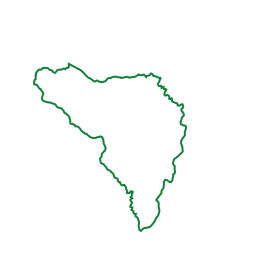 the district of Santa Rosa do Tocantins, Tocantins, Brazil, rotated 239°
{"feature_id": "56859067B11152790911954", "entity_name": "Santa Rosa do Tocantins", "entity_type": "district", "adm_level": 2, "iso_a3": "BRA", "parent_name": "Brazil", "parent_adm1": "Tocantins", "projection": "albers", "projection_center": [-48.09, -11.411], "detail": "fine", "context": "isolated", "style": "outline", "palette": "green", "viewbox_px": 256, "rotation_deg": 239, "n_neighbors": 0, "source": "geoboundaries", "source_scale": "gbopen_adm2", "svg_char_len": 5673}
<svg xmlns="http://www.w3.org/2000/svg" viewBox="0 0 256 256"><g transform="rotate(239 128 128)"><path d="M32.0,96.7L33.8,101.8L34.7,103.4L35.8,105.0L36.5,106.2L37.2,108.0L37.7,109.0L38.9,110.4L40.7,112.2L42.3,112.9L44.7,113.7L45.6,114.1L46.8,115.1L48.4,115.8L49.7,115.7L51.0,115.3L51.8,115.2L52.8,117.5L53.2,118.5L53.8,120.3L54.2,121.0L54.9,123.1L56.9,124.4L57.4,125.1L57.6,126.2L58.1,127.3L60.4,129.2L62.2,130.3L63.0,131.0L64.0,132.0L64.5,133.1L63.7,134.2L62.9,134.7L60.3,135.8L59.5,136.8L59.7,138.0L60.4,139.1L61.1,139.7L62.7,141.4L65.0,142.8L64.9,144.1L65.8,145.4L66.9,146.0L67.9,146.4L68.7,146.8L69.7,147.4L71.1,148.4L73.3,148.1L74.3,148.3L75.4,149.1L76.3,150.1L77.2,151.2L77.7,152.1L77.6,153.5L78.0,155.6L78.0,156.9L78.4,158.2L79.0,160.7L79.3,161.9L79.7,162.8L80.5,163.3L81.8,163.8L83.5,164.7L85.4,165.2L86.9,165.4L87.9,165.8L89.0,166.4L89.5,167.0L89.9,167.8L90.7,168.9L91.4,170.3L91.7,171.3L92.6,173.2L93.4,173.6L94.7,174.2L95.7,174.9L96.1,175.6L97.1,176.7L97.6,177.3L98.3,177.8L99.4,178.4L100.6,178.3L101.5,176.9L102.7,176.4L103.9,175.3L105.3,175.6L106.4,176.6L107.2,177.5L108.1,178.6L109.3,179.7L109.8,182.1L111.0,182.9L112.0,182.9L112.9,183.3L113.7,182.9L114.6,182.8L115.5,182.7L116.3,183.3L116.9,184.0L117.1,185.6L117.8,186.4L118.8,186.6L120.3,186.9L120.8,185.8L120.6,184.5L120.9,183.3L121.6,182.2L122.8,182.6L123.8,182.8L124.4,182.2L125.4,181.4L126.5,180.7L127.4,180.0L128.3,179.5L129.0,180.0L130.0,180.6L130.9,180.7L130.9,179.1L131.8,178.3L132.6,179.1L133.4,179.5L134.3,179.6L135.3,179.2L136.3,178.5L136.3,177.5L136.6,176.6L137.6,176.3L138.4,176.7L139.2,177.6L140.2,178.3L140.3,179.2L140.7,179.9L141.2,180.6L142.1,180.3L142.5,179.3L143.2,178.7L144.3,178.9L144.9,179.6L145.2,178.5L145.1,177.5L146.1,178.0L147.0,178.2L147.2,177.1L148.3,176.0L149.7,176.0L150.5,176.6L151.1,177.5L151.6,178.5L152.4,179.6L153.3,180.4L153.7,181.5L154.8,181.3L155.1,180.3L156.4,179.4L157.4,178.9L158.0,178.0L158.9,177.7L159.5,176.6L160.6,176.7L161.9,176.5L162.8,175.9L162.6,174.9L162.2,174.0L162.2,172.8L162.7,171.9L162.9,170.8L162.3,169.9L163.3,169.7L164.3,169.5L165.6,169.1L165.9,167.9L166.2,167.1L166.5,166.2L167.2,165.6L167.9,165.2L168.5,164.6L168.1,163.8L168.3,162.5L168.2,160.9L168.7,159.7L168.9,158.6L169.4,158.0L169.9,157.0L170.0,155.9L170.6,155.0L171.7,154.2L172.4,153.3L172.9,152.6L173.1,151.6L173.3,150.8L173.7,149.9L173.8,149.1L174.4,147.9L175.4,147.6L175.8,146.8L176.3,146.0L177.0,145.2L178.1,144.3L178.8,143.1L179.2,142.3L179.5,141.3L179.7,140.0L179.7,138.9L180.4,137.9L180.8,136.7L180.8,135.7L180.4,134.7L179.9,133.5L179.8,132.7L180.0,131.8L180.3,130.5L180.6,129.4L181.2,128.7L181.9,127.8L182.9,127.0L183.8,126.6L184.6,126.0L184.9,124.8L184.9,123.6L185.6,122.8L186.9,122.4L188.0,122.0L188.9,121.6L189.9,121.1L190.7,120.6L191.3,120.0L192.5,119.6L193.7,119.3L194.5,118.9L195.4,118.9L196.2,118.6L197.4,118.6L198.6,118.1L199.6,118.1L200.5,117.8L201.2,117.4L202.1,117.1L202.8,116.8L203.7,116.2L204.6,115.5L205.4,115.1L206.3,114.6L213.5,110.3L212.8,109.8L211.8,109.4L210.7,108.6L210.5,107.5L211.1,106.7L211.0,105.6L210.7,104.6L211.6,104.1L212.2,103.0L212.3,101.5L212.6,100.5L213.1,99.6L213.5,98.8L213.9,97.9L213.9,97.1L213.5,96.1L213.2,95.2L212.8,93.9L213.7,93.1L215.1,92.4L216.2,92.6L217.0,92.1L217.6,91.3L218.8,90.6L219.7,90.4L220.6,90.1L221.2,89.3L221.9,88.4L222.7,87.1L223.3,86.0L223.0,84.9L222.7,83.8L223.4,82.5L224.0,81.3L223.6,80.1L223.0,79.1L222.9,78.1L222.1,77.2L221.2,76.7L220.7,75.8L219.4,75.4L218.6,74.7L217.5,74.1L217.5,73.0L216.8,72.4L216.2,71.6L215.6,71.1L214.8,70.6L213.7,70.1L213.2,70.8L212.5,71.6L211.4,72.1L210.3,72.1L209.2,72.3L207.8,72.3L206.9,72.6L206.0,73.3L205.2,73.0L204.1,73.2L202.7,73.3L201.9,73.3L200.7,72.8L200.1,71.8L199.4,71.0L198.5,70.2L197.9,69.5L197.1,69.4L196.3,69.1L195.3,69.2L194.4,69.8L193.7,70.2L193.0,70.9L192.2,71.8L191.2,72.6L190.3,73.6L190.1,74.4L189.4,74.9L188.6,75.3L187.8,76.1L186.9,76.9L186.2,77.5L185.4,77.9L183.9,77.9L182.5,78.1L181.6,78.7L180.4,79.7L179.4,80.8L178.4,81.2L177.4,81.3L176.4,81.6L175.2,81.6L174.2,81.3L173.3,81.5L172.6,82.2L171.8,82.5L170.9,82.6L170.2,83.0L169.1,83.2L167.7,83.3L166.4,82.9L165.4,82.7L164.3,82.3L163.4,82.0L162.4,81.1L161.3,81.0L160.4,81.9L159.8,82.9L158.6,83.2L157.9,83.9L157.1,83.7L156.2,84.1L155.6,85.3L154.6,85.9L153.5,86.3L152.3,86.5L151.4,86.5L150.3,86.6L149.5,86.9L148.4,86.9L147.4,87.5L146.6,88.0L145.5,88.0L144.9,89.1L144.1,89.6L143.2,89.6L142.3,90.0L141.5,90.2L140.8,90.7L140.0,90.7L139.0,91.4L138.0,92.3L137.3,93.0L136.8,93.8L136.5,94.7L136.0,95.4L136.0,96.5L135.7,97.7L135.1,98.5L135.1,99.9L134.0,100.8L133.0,101.3L132.1,100.7L130.7,100.9L129.3,100.1L128.1,99.7L127.3,99.1L126.4,99.1L125.5,99.1L124.1,98.7L123.0,98.8L122.1,98.4L121.4,97.6L120.5,96.7L120.3,95.4L120.0,94.5L119.8,93.7L119.5,92.9L119.0,92.0L118.0,91.4L117.3,90.7L116.8,89.9L116.5,88.9L115.9,88.1L114.7,87.7L113.7,87.2L112.8,87.0L111.8,86.9L110.7,87.5L109.8,88.3L108.8,88.6L107.6,88.4L106.4,89.0L105.4,89.1L103.9,88.9L102.7,89.2L101.2,90.3L100.3,90.8L99.3,90.9L98.1,91.2L96.0,91.9L95.0,91.4L93.9,91.3L92.6,91.0L91.4,91.8L89.8,92.9L87.9,92.1L86.7,92.2L85.9,93.2L84.3,92.8L83.5,93.0L82.4,93.1L81.7,93.7L81.6,94.5L81.0,95.5L79.4,95.7L78.6,95.7L77.7,95.5L76.9,95.0L74.1,94.8L73.1,93.7L72.1,94.3L71.7,95.2L71.8,96.3L71.3,97.5L72.2,97.8L71.7,98.7L71.0,99.2L69.8,98.3L69.4,97.2L67.8,96.3L67.4,94.7L65.6,95.5L65.5,94.2L65.1,92.9L63.5,92.8L62.1,93.2L61.4,92.5L60.9,91.2L60.4,90.3L59.1,89.4L58.3,90.4L57.6,90.8L56.6,89.8L56.1,88.8L54.0,89.9L52.4,88.9L51.2,89.2L50.2,90.5L49.6,89.6L48.4,89.0L46.2,90.0L44.7,89.7L43.4,89.3L42.1,89.2L39.7,87.6L38.6,86.6L37.1,86.2L35.9,85.9L34.9,85.3L33.1,86.1L33.3,87.0L33.8,88.5L33.9,89.4L33.8,90.3L33.2,92.0L32.7,93.1L32.1,95.2L32.0,96.7Z" fill="none" stroke="#15803d" stroke-width="2"/></g></svg>